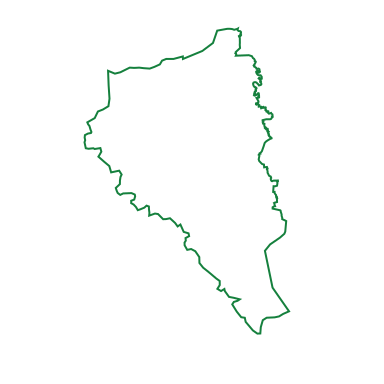 Izzi, Ebonyi, Nigeria (Mercator projection), rotated 168°
{"feature_id": "59680162B3302114520233", "entity_name": "Izzi", "entity_type": "district", "adm_level": 2, "iso_a3": "NGA", "parent_name": "Nigeria", "parent_adm1": "Ebonyi", "projection": "mercator", "projection_center": [8.192, 6.539], "detail": "fine", "context": "isolated", "style": "outline", "palette": "green", "viewbox_px": 384, "rotation_deg": 168, "n_neighbors": 0, "source": "geoboundaries", "source_scale": "gbopen_adm2", "svg_char_len": 6057}
<svg xmlns="http://www.w3.org/2000/svg" viewBox="0 0 384 384"><g transform="rotate(168 192 192)"><path d="M248.9,328.0L251.4,313.5L253.3,300.4L255.9,293.3L262.0,291.2L267.3,290.3L271.8,284.5L279.9,281.9L279.5,279.7L278.6,278.0L278.3,274.1L277.9,271.6L278.6,270.7L281.6,270.8L284.9,269.9L285.7,267.5L285.7,264.9L286.8,263.0L286.8,256.9L284.2,255.8L279.4,255.3L278.3,254.3L272.5,254.0L272.3,250.3L274.4,247.9L276.2,246.0L271.5,239.7L267.5,234.6L267.0,228.0L258.8,228.0L257.2,223.7L258.8,221.6L260.1,218.2L260.9,214.7L265.7,211.8L265.4,208.9L264.9,206.5L262.8,204.1L259.6,204.9L251.4,203.5L248.5,201.4L248.5,199.6L250.1,196.6L253.3,196.1L253.8,193.7L251.7,191.9L249.9,188.9L248.8,185.5L246.2,185.8L241.9,186.6L239.3,188.1L237.2,186.8L237.7,183.9L238.0,180.4L238.8,177.8L232.7,178.6L229.8,177.5L225.9,171.4L223.0,170.9L219.0,170.9L215.0,165.3L213.2,161.3L210.1,162.6L208.4,154.7L204.0,152.3L204.0,149.4L207.9,148.3L208.2,145.7L209.8,144.1L210.3,141.4L208.7,136.4L204.7,136.4L201.1,133.4L198.4,126.8L199.5,121.0L196.8,115.6L192.5,110.4L186.3,102.4L183.4,99.2L184.2,95.2L187.3,92.0L184.2,89.1L180.5,90.4L180.5,88.3L177.6,81.7L173.1,79.8L167.6,77.1L170.1,76.1L173.9,75.8L176.0,73.7L173.1,65.7L169.9,59.3L166.5,58.0L166.5,53.8L161.2,43.9L157.5,39.9L154.6,39.4L152.8,45.5L149.4,51.9L145.1,53.5L137.2,52.2L132.7,52.2L128.2,53.8L121.9,55.1L133.1,81.7L132.9,119.3L126.5,124.5L115.4,129.1L110.4,131.9L109.0,133.9L105.9,144.0L107.1,145.0L109.4,146.7L109.1,148.1L109.3,150.0L109.0,151.5L109.3,154.2L109.2,155.1L109.4,155.7L116.6,159.0L116.3,160.3L114.4,161.0L113.7,160.9L113.9,162.4L113.8,163.8L114.0,164.2L113.5,164.4L110.9,164.5L110.4,167.4L110.5,168.3L110.0,168.3L110.0,169.7L110.7,169.8L110.5,171.9L110.9,172.4L111.4,173.6L111.2,174.9L112.0,175.0L112.6,175.2L111.0,180.7L109.4,180.3L107.5,180.5L106.5,183.2L106.6,184.0L106.4,184.4L105.7,184.6L105.6,185.4L106.9,185.6L107.5,185.5L107.9,185.8L108.6,186.0L108.9,185.9L110.1,186.2L111.3,185.9L111.8,186.1L112.2,186.9L112.3,188.4L112.1,188.7L112.0,189.0L111.7,189.2L111.8,189.8L111.6,189.9L111.6,190.1L111.8,190.4L111.9,190.9L113.1,191.7L113.4,192.5L113.8,194.3L114.1,195.1L113.8,196.1L113.8,198.1L113.5,198.8L113.9,198.9L113.7,199.5L113.3,199.5L113.5,200.9L116.3,201.1L115.9,203.9L117.5,204.7L118.1,205.5L119.8,208.3L120.0,210.0L118.5,213.5L118.7,214.0L118.6,214.4L118.9,214.6L118.4,215.1L117.3,215.2L117.5,215.9L116.7,216.1L115.2,217.3L112.3,222.0L110.8,224.7L110.4,225.1L108.9,226.1L106.6,227.0L104.4,227.7L103.0,227.9L102.9,228.1L103.3,228.7L103.8,228.5L103.9,228.9L103.7,229.3L103.9,229.7L104.3,229.7L104.7,230.7L105.0,230.7L105.3,231.6L105.2,232.9L104.8,232.8L104.8,233.2L104.9,233.6L105.3,233.6L105.4,234.1L104.9,234.2L104.9,234.8L104.5,235.1L104.7,235.3L105.1,235.6L105.1,235.9L105.5,236.0L105.2,236.6L104.9,236.7L104.9,236.9L105.1,236.9L105.0,237.4L105.3,237.3L105.0,237.6L105.0,237.9L105.4,238.1L105.9,237.9L105.9,238.1L105.5,238.4L105.7,238.7L106.4,238.2L106.8,238.8L106.9,238.6L107.5,239.5L107.4,239.9L106.9,240.3L107.0,240.4L107.3,240.3L107.5,241.7L107.0,243.6L108.2,244.0L108.3,244.8L107.9,244.8L107.9,245.3L107.5,246.1L108.2,246.8L108.0,247.6L104.3,247.7L100.3,246.9L99.4,247.1L98.6,248.0L97.8,248.4L98.0,249.2L97.4,249.2L97.2,251.2L98.0,252.1L98.2,252.9L100.4,252.6L101.0,253.5L100.6,254.4L100.6,255.1L100.9,255.2L101.4,254.3L101.6,254.3L102.0,255.2L102.5,255.3L102.6,256.1L102.4,256.6L102.5,256.8L103.1,256.9L103.2,257.0L102.9,257.5L102.3,259.3L102.4,259.5L102.6,259.5L103.1,259.1L103.3,259.2L103.4,259.5L104.3,259.4L104.4,259.5L104.3,260.1L104.4,260.4L105.0,260.3L105.3,259.7L105.7,259.6L106.3,259.7L106.6,259.5L107.0,259.5L107.0,259.9L106.6,260.2L106.1,260.3L106.0,260.5L106.2,260.8L107.4,261.5L108.4,261.6L109.0,261.6L108.9,262.7L108.3,263.2L108.9,263.8L109.2,263.9L109.3,264.3L109.7,264.7L110.9,264.1L111.2,264.5L111.0,265.3L110.8,265.5L110.0,265.3L109.1,265.6L108.6,265.6L108.4,266.0L108.4,266.7L108.1,267.0L109.3,270.5L107.1,270.4L106.7,270.6L106.6,270.9L107.2,271.8L107.0,272.0L106.4,272.3L106.3,272.8L106.3,274.3L106.2,274.6L106.3,274.8L107.0,274.8L107.5,273.9L107.8,274.0L109.8,273.2L110.5,273.2L110.9,273.3L111.3,273.8L111.1,274.1L110.8,274.1L110.5,273.9L110.1,273.9L109.5,274.3L109.5,274.5L109.9,274.8L110.4,274.8L110.7,274.9L110.8,275.0L110.7,275.3L109.9,275.6L109.7,275.9L110.1,276.5L109.6,277.3L108.5,277.4L108.1,278.5L108.5,279.0L108.2,279.8L107.4,280.0L107.4,280.4L107.4,280.6L107.9,281.0L108.2,281.4L108.4,281.6L108.9,281.6L109.1,281.8L109.7,283.2L109.8,285.1L109.1,286.2L108.2,286.4L107.3,286.3L106.2,285.7L105.2,284.0L104.7,283.6L104.5,283.2L104.5,282.4L104.1,282.3L102.5,282.4L101.9,282.8L101.7,283.2L101.7,283.9L102.0,284.8L102.4,285.2L102.4,285.8L102.2,285.9L101.6,285.9L101.6,286.4L101.9,286.7L102.3,288.1L103.2,289.2L102.5,289.8L102.2,289.7L101.3,288.3L101.0,288.1L100.6,288.2L100.2,288.3L99.9,290.0L99.9,290.4L100.4,291.3L100.6,291.9L101.9,292.1L103.2,292.8L103.8,293.8L104.2,295.0L104.3,296.2L103.6,296.8L102.7,296.9L102.4,296.7L102.4,296.3L103.3,296.2L103.7,295.9L103.6,295.3L103.4,295.1L101.8,294.8L101.1,295.0L100.6,295.4L100.5,295.6L100.7,297.0L100.5,298.0L100.9,298.5L101.3,298.9L102.3,299.0L102.8,298.8L103.3,299.1L103.5,300.3L104.1,300.8L104.5,301.4L105.0,301.6L105.1,301.9L104.9,302.4L105.0,302.7L105.3,302.7L105.4,302.9L104.9,303.4L104.5,303.2L104.2,304.1L103.4,304.9L102.8,305.6L102.6,306.2L103.1,306.4L103.5,307.0L103.1,307.8L103.6,309.4L104.5,310.3L105.2,312.4L108.0,314.0L120.7,316.2L120.2,316.8L120.1,317.4L120.7,318.6L120.1,318.8L120.1,319.8L115.1,322.8L114.7,326.0L114.2,327.8L113.2,332.8L113.3,333.8L113.7,334.2L113.7,334.8L112.8,335.1L112.1,334.6L111.7,334.9L111.9,335.2L111.7,335.4L112.0,335.8L111.3,336.3L111.6,336.8L111.5,337.1L111.0,337.6L110.8,338.2L111.3,339.2L112.9,339.8L113.5,340.5L113.8,341.1L113.2,342.3L113.8,342.1L117.0,341.9L118.6,342.9L119.9,343.4L122.0,344.0L123.8,344.3L133.8,344.6L140.5,333.4L152.6,327.8L173.2,324.0L172.8,326.5L182.3,326.0L189.6,327.5L194.0,326.7L196.9,323.5L202.8,322.2L207.7,321.5L213.6,323.2L217.7,324.6L222.7,325.4L227.1,326.6L237.2,324.0L242.8,323.8L248.9,328.0Z" fill="none" stroke="#15803d" stroke-width="2"/></g></svg>